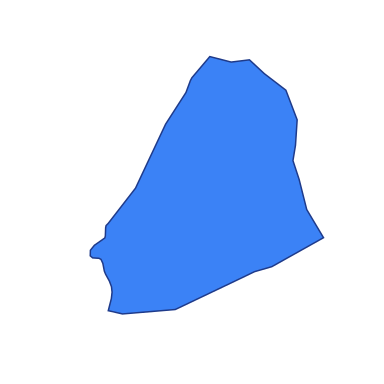 Zinguldak, Mercator projection, rotated 329°
{"feature_id": "TUR-3010", "entity_name": "Zinguldak", "entity_type": "Province", "adm_level": 1, "iso_a3": "TUR", "parent_name": "Turkey", "parent_adm1": "", "projection": "mercator", "projection_center": [31.729, 41.309], "detail": "fine", "context": "isolated", "style": "filled", "palette": "blue", "viewbox_px": 384, "rotation_deg": 329, "n_neighbors": 0, "source": "natural_earth", "source_scale": "10m", "svg_char_len": 641}
<svg xmlns="http://www.w3.org/2000/svg" viewBox="0 0 384 384"><g transform="rotate(329 192 192)"><path d="M59.1,250.6L68.0,241.8L71.9,236.7L74.2,231.7L75.3,225.8L75.6,218.0L76.1,214.7L78.8,207.3L79.3,202.9L78.1,200.9L72.9,197.3L71.9,194.3L74.9,189.6L80.9,187.4L93.6,186.5L95.1,185.0L99.6,178.1L101.1,176.5L103.9,175.8L145.6,159.6L204.4,120.2L238.1,103.6L248.1,95.6L250.8,94.0L277.0,85.1L292.5,100.8L309.3,108.3L314.9,127.7L324.9,153.1L319.3,184.3L304.8,205.2L294.7,217.1L290.3,236.4L281.3,266.1L281.2,298.9L221.9,297.1L204.6,292.5L184.3,290.6L117.1,284.1L69.6,260.7L59.1,250.6Z" fill="#3b82f6" stroke="#1e3a8a" stroke-width="1.5"/></g></svg>